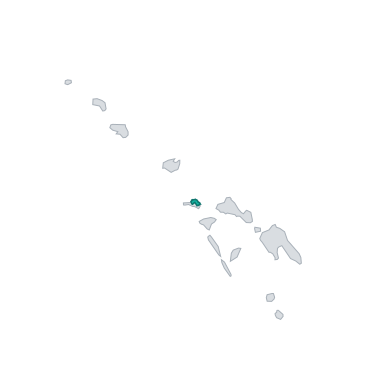 Vermaul, Shefa, Vanuatu (highlighted), rotated 157°
{"feature_id": "77236927B21234024058134", "entity_name": "Vermaul", "entity_type": "district", "adm_level": 2, "iso_a3": "VUT", "parent_name": "Vanuatu", "parent_adm1": "Shefa", "projection": "orthographic", "projection_center": [168.197, -16.741], "detail": "fine", "context": "in_parent", "style": "filled", "palette": "teal", "viewbox_px": 384, "rotation_deg": 157, "n_neighbors": 0, "source": "geoboundaries", "source_scale": "gbopen_adm2", "svg_char_len": 3908}
<svg xmlns="http://www.w3.org/2000/svg" viewBox="0 0 384 384"><g transform="rotate(157 192 192)"><path d="M127.3,92.2L130.3,107.5L133.6,107.5L135.3,106.7L137.3,103.0L138.2,97.4L139.9,96.6L142.1,97.2L141.2,99.0L141.8,103.5L143.5,106.0L144.7,106.4L147.0,118.2L147.8,120.7L147.8,122.7L143.1,127.1L136.0,127.0L131.1,129.7L128.1,129.6L128.1,126.6L125.4,124.2L122.3,119.2L123.0,110.1L117.5,93.4L117.4,89.2L119.2,83.7L121.0,83.4L123.5,88.0L127.3,92.2ZM157.4,151.0L159.5,152.0L160.6,152.0L161.3,154.3L167.7,158.8L169.5,158.6L171.0,161.1L173.7,162.3L174.4,164.8L176.4,167.4L173.0,170.5L166.4,169.7L162.6,173.2L159.2,172.3L158.6,170.5L159.1,169.9L157.0,165.2L156.0,158.0L154.6,153.7L153.1,151.9L150.0,153.5L148.8,153.8L145.8,150.3L147.2,143.3L147.9,141.3L150.3,140.9L154.0,142.7L157.4,151.0ZM242.5,283.3L240.5,285.5L238.7,285.3L227.2,280.0L227.7,277.9L227.3,272.4L228.6,269.4L231.7,268.2L234.2,268.9L235.7,273.3L239.1,275.1L236.7,276.5L240.8,279.9L242.5,283.3ZM203.5,218.2L207.9,224.8L209.7,225.3L207.0,230.1L201.4,230.5L194.9,229.3L197.3,227.6L196.1,225.8L194.1,225.4L191.8,226.3L190.8,226.0L192.2,222.9L195.9,218.6L196.9,218.3L197.9,218.3L198.9,218.6L203.5,218.2ZM196.9,162.1L191.8,162.6L184.7,161.2L181.8,159.1L180.5,157.1L183.0,155.6L186.6,154.9L191.0,150.3L192.5,152.1L194.2,157.2L196.0,158.8L197.0,160.4L196.9,162.1ZM249.2,311.2L246.8,316.2L242.9,315.0L239.1,311.4L237.2,308.2L238.6,302.1L240.5,301.0L242.5,301.4L243.5,307.3L249.2,311.2ZM193.2,145.1L192.4,145.2L191.7,143.0L189.2,131.6L190.8,121.5L191.9,123.6L195.6,141.5L195.1,144.4L193.2,145.1ZM203.6,182.7L204.9,183.4L204.2,185.3L198.1,183.1L193.2,184.0L191.8,183.9L190.3,182.1L189.2,178.6L189.7,176.1L191.8,174.4L192.6,174.1L194.1,176.2L195.5,177.7L196.9,178.3L200.0,181.8L203.6,182.7ZM179.7,120.3L176.7,122.4L171.1,122.2L169.1,121.0L175.9,114.5L183.8,113.2L179.7,120.3ZM164.9,65.7L163.0,68.1L157.9,67.3L156.7,66.7L157.1,62.8L158.3,61.4L161.4,60.2L165.5,62.1L164.9,65.7ZM160.5,49.3L159.9,49.8L158.8,49.4L156.1,43.8L156.8,41.9L160.2,40.1L163.2,43.2L163.4,45.0L163.4,46.4L163.0,47.7L161.0,48.2L160.5,49.3ZM192.1,115.3L191.4,118.2L189.5,114.8L188.3,100.8L188.8,99.5L189.8,99.4L192.0,109.2L192.1,115.3ZM266.6,341.3L265.1,343.9L262.7,343.8L259.7,342.0L260.3,339.7L263.7,339.4L264.7,339.5L266.6,341.3ZM148.7,133.8L147.9,135.0L143.2,132.0L144.2,129.1L149.4,130.1L148.7,133.8Z" fill="#d9dde1" stroke="#a8b0b8" stroke-width="1"/><path d="M196.5,180.6L196.3,180.5L195.5,180.8L195.1,180.8L194.8,181.0L194.3,181.2L194.2,181.4L193.5,181.4L193.4,181.4L193.4,181.0L193.4,180.9L193.4,180.7L193.3,180.4L193.3,180.2L193.2,180.0L193.2,179.9L193.2,179.7L193.1,179.4L193.0,179.2L192.9,179.1L192.9,178.9L192.8,178.7L192.9,178.4L192.9,178.1L192.8,177.8L192.7,177.6L192.7,177.4L192.1,177.5L191.9,177.5L191.8,177.4L191.7,177.3L191.4,177.1L191.2,177.1L190.8,177.2L190.7,177.2L190.7,177.3L190.4,177.6L190.2,177.6L189.9,177.6L189.6,177.6L189.4,177.6L189.5,177.7L189.5,177.8L189.4,177.8L189.4,178.0L189.4,178.3L189.2,178.3L189.0,178.5L189.1,178.8L189.3,179.0L189.4,179.3L189.5,179.4L189.5,179.5L189.7,179.8L189.8,179.9L190.0,179.9L190.2,180.0L190.3,180.2L190.3,180.3L190.3,180.5L190.2,180.5L190.3,180.5L190.4,180.8L190.3,181.0L190.4,181.3L190.4,181.5L190.5,181.7L190.5,181.8L190.6,182.0L190.6,182.3L190.6,182.5L190.7,182.8L190.8,182.8L191.0,182.9L191.1,183.0L191.3,183.1L191.4,183.3L191.5,183.4L191.5,183.5L191.6,183.8L191.8,183.9L192.0,183.9L192.0,184.0L192.3,184.0L192.5,184.0L192.5,183.9L192.5,184.0L192.8,184.1L193.0,184.1L193.3,184.2L193.5,184.2L193.6,184.3L193.8,184.3L194.0,184.3L194.0,184.5L194.3,184.7L194.5,184.7L194.8,184.7L194.9,184.4L195.0,184.4L195.0,184.5L195.3,184.7L195.5,184.6L195.4,184.4L195.4,184.2L195.5,184.2L195.7,183.9L195.8,183.9L195.8,184.0L195.9,183.9L196.0,183.9L196.3,183.7L196.5,183.6L196.7,183.4L196.8,183.4L196.8,183.2L196.8,182.9L196.8,182.1L196.8,181.9L196.8,181.3L196.5,180.7L196.5,180.6Z" fill="#14b8a6" stroke="#0f766e" stroke-width="1.5"/></g></svg>